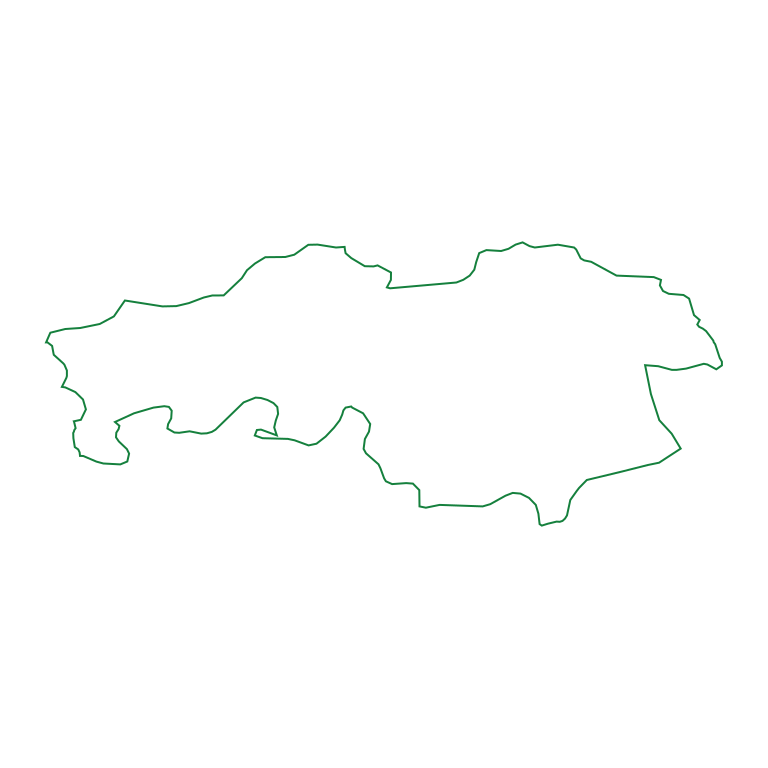 the Province of Noord-Brabant
{"feature_id": "NLD-3483", "entity_name": "Noord-Brabant", "entity_type": "Province", "adm_level": 1, "iso_a3": "NLD", "parent_name": "Netherlands", "parent_adm1": "", "projection": "robinson", "projection_center": [5.036, 51.526], "detail": "fine", "context": "isolated", "style": "outline", "palette": "green", "viewbox_px": 768, "rotation_deg": 0, "n_neighbors": 0, "source": "natural_earth", "source_scale": "10m", "svg_char_len": 2611}
<svg xmlns="http://www.w3.org/2000/svg" viewBox="0 0 768 768"><path d="M276.8,435.4L274.2,427.4L275.8,420.5L278.1,413.9L277.3,407.0L273.5,403.1L267.5,400.0L260.9,398.0L255.6,397.6L243.6,402.4L215.5,429.7L211.8,431.9L206.9,433.3L201.2,433.6L189.6,431.3L179.2,432.8L174.4,432.5L167.4,428.5L168.1,424.1L171.2,418.4L171.7,410.7L168.9,406.9L164.3,406.2L153.5,407.6L134.0,413.3L115.0,422.0L119.4,425.8L118.6,429.1L116.3,432.7L116.0,437.3L118.8,441.4L126.9,449.1L129.1,453.6L127.3,461.5L120.3,464.4L103.4,463.5L96.4,461.6L83.3,456.0L80.0,455.9L80.0,455.7L79.6,452.3L78.2,449.4L74.8,447.1L73.4,438.2L73.2,433.0L73.9,431.6L74.3,430.1L75.6,428.2L74.0,421.5L73.9,421.3L80.9,419.8L85.9,409.4L83.0,399.5L75.4,392.1L65.3,387.4L61.9,386.9L66.4,377.8L66.9,376.0L66.9,370.5L64.4,364.7L63.3,363.4L53.8,354.8L53.5,354.4L53.7,354.5L52.1,345.9L47.5,342.4L46.1,342.4L50.2,333.0L50.4,332.7L65.3,329.0L80.2,328.0L99.7,324.0L113.9,316.4L124.9,300.5L162.4,306.4L176.3,306.1L188.9,303.1L203.8,297.5L212.2,295.5L223.7,295.4L241.8,278.2L247.0,270.2L255.0,263.5L265.3,257.2L285.3,257.0L294.3,254.7L308.3,244.8L317.6,244.6L336.0,247.5L344.6,246.9L344.9,249.5L345.6,253.2L351.3,258.1L364.8,266.2L373.6,266.4L377.6,265.4L391.0,272.5L390.9,279.9L386.9,287.4L390.1,288.3L456.4,282.5L463.3,279.8L469.7,275.6L474.3,269.7L476.2,262.1L479.2,253.1L486.4,250.1L501.1,251.0L508.5,248.8L515.6,244.6L522.6,242.4L529.5,246.1L534.8,247.5L557.9,244.7L574.1,247.5L576.2,249.5L580.7,258.4L584.2,260.4L591.2,261.8L616.5,275.6L653.8,277.1L661.0,279.9L659.9,285.4L663.0,291.0L668.8,293.8L683.5,295.0L689.1,298.6L694.0,315.1L699.7,320.0L697.3,324.5L699.1,326.8L702.8,328.6L706.1,331.1L713.3,340.6L713.7,342.2L715.2,344.2L719.7,357.9L721.9,361.7L721.9,365.4L716.3,369.3L707.4,364.5L703.8,363.8L686.1,368.6L676.3,369.9L672.0,369.9L658.2,366.2L645.1,365.2L650.9,394.0L659.3,420.2L671.7,433.7L680.7,448.6L667.5,457.2L659.1,462.7L647.9,465.0L622.1,471.5L586.8,480.0L579.1,487.9L576.7,491.0L570.3,500.0L567.0,515.4L565.0,518.6L562.5,520.9L559.8,521.8L556.6,521.6L547.9,523.7L541.8,525.6L539.6,524.1L538.4,513.7L535.8,504.9L529.0,497.9L520.5,493.6L512.7,492.9L505.5,495.7L490.2,504.2L482.7,506.4L439.6,504.9L428.3,507.2L425.9,507.7L419.5,506.4L419.3,490.1L412.9,483.6L406.2,483.1L392.1,484.1L385.9,481.3L384.1,478.3L380.4,468.2L378.5,464.3L366.0,453.3L363.6,448.9L364.9,439.0L369.0,431.6L370.2,424.0L363.1,413.3L352.2,407.6L351.2,406.5L345.6,407.6L343.4,410.4L342.2,414.6L339.7,420.3L334.0,427.7L325.6,436.6L316.5,443.7L308.6,445.4L294.6,440.3L287.9,438.9L262.5,438.2L254.8,435.5L256.9,430.0L261.0,429.6L276.8,435.4Z" fill="none" stroke="#15803d" stroke-width="2"/></svg>